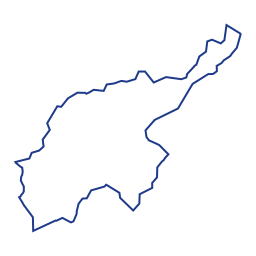 the district of Ukanafun, Akwa Ibom, Nigeria
{"feature_id": "59680162B24434385919413", "entity_name": "Ukanafun", "entity_type": "district", "adm_level": 2, "iso_a3": "NGA", "parent_name": "Nigeria", "parent_adm1": "Akwa Ibom", "projection": "robinson", "projection_center": [7.61, 4.901], "detail": "fine", "context": "isolated", "style": "outline", "palette": "blue", "viewbox_px": 256, "rotation_deg": 0, "n_neighbors": 0, "source": "geoboundaries", "source_scale": "gbopen_adm2", "svg_char_len": 1329}
<svg xmlns="http://www.w3.org/2000/svg" viewBox="0 0 256 256"><path d="M207.3,41.4L206.0,51.6L199.3,56.5L196.3,64.8L195.0,65.5L189.9,71.1L187.2,73.9L186.3,77.5L181.3,79.2L166.0,77.1L153.7,82.5L145.0,71.5L138.7,71.5L135.4,79.1L126.7,81.7L121.4,80.9L113.9,83.5L110.8,83.9L106.7,84.5L103.7,90.9L93.7,89.8L89.1,92.5L86.3,93.7L84.9,92.8L82.3,92.8L77.4,92.7L68.0,98.3L61.2,106.8L57.3,106.3L47.2,123.2L49.8,129.9L42.7,139.6L43.6,146.5L39.1,150.6L31.7,152.8L29.4,158.5L15.4,162.0L15.8,162.8L17.8,164.4L19.7,166.1L22.2,167.7L22.7,171.6L22.2,174.9L21.3,176.5L20.8,180.4L22.3,183.7L23.8,186.4L23.8,189.2L23.8,191.4L22.9,193.1L21.4,194.8L20.5,196.4L19.1,197.2L21.8,201.5L23.9,205.2L32.9,217.3L33.2,230.9L36.4,229.4L55.4,220.6L56.5,220.7L62.4,217.9L70.9,222.4L73.5,221.3L76.5,214.3L76.9,210.5L78.6,203.7L82.5,198.6L86.8,198.3L91.1,190.4L104.4,186.6L106.2,184.7L119.4,192.8L120.1,197.8L133.2,210.5L139.3,203.6L139.7,194.2L152.2,187.9L152.2,182.9L157.0,177.4L157.3,167.4L161.7,161.8L163.8,160.0L165.1,157.9L168.4,154.3L159.2,145.0L148.9,140.3L146.5,137.0L145.5,130.4L154.7,119.9L178.0,108.5L191.0,86.6L192.6,83.9L208.2,74.1L213.0,74.0L216.9,71.2L216.7,65.9L221.5,63.1L223.7,60.4L230.3,56.0L232.0,53.5L236.9,47.7L240.6,34.3L240.4,33.6L226.5,25.1L224.4,40.2L220.8,43.4L212.0,39.7L207.3,41.4Z" fill="none" stroke="#1e3a8a" stroke-width="2"/></svg>